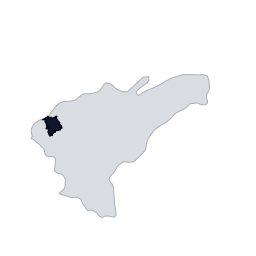 location of Guayubín, Monte Cristi, Dominican Republic, rotated 322°
{"feature_id": "3306468B33320306044259", "entity_name": "Guayubín", "entity_type": "district", "adm_level": 2, "iso_a3": "DOM", "parent_name": "Dominican Republic", "parent_adm1": "Monte Cristi", "projection": "albers", "projection_center": [-71.302, 19.687], "detail": "fine", "context": "in_parent", "style": "filled", "palette": "ink", "viewbox_px": 256, "rotation_deg": 322, "n_neighbors": 0, "source": "geoboundaries", "source_scale": "gbopen_adm2", "svg_char_len": 4190}
<svg xmlns="http://www.w3.org/2000/svg" viewBox="0 0 256 256"><g transform="rotate(322 128 128)"><path d="M45.4,168.0L45.7,159.1L47.1,155.4L45.8,151.6L40.1,147.5L36.6,142.2L33.5,137.6L34.2,136.9L40.4,136.7L42.6,135.0L46.8,130.3L47.7,126.4L47.3,123.5L44.6,120.1L43.6,116.4L46.9,113.3L51.3,108.6L51.9,106.8L51.8,105.1L46.7,100.2L46.4,98.1L48.8,92.8L48.5,89.2L46.2,78.3L45.1,76.6L47.4,75.7L48.9,72.4L50.9,69.5L53.5,68.0L56.5,67.0L62.4,67.1L70.6,69.6L73.0,69.6L80.8,67.3L87.4,66.0L93.5,67.4L96.0,69.4L101.1,72.5L103.7,73.5L111.7,73.4L113.9,73.7L120.7,78.8L126.4,80.8L129.7,80.9L135.6,78.9L138.5,78.9L141.9,83.3L142.7,89.7L145.5,95.4L149.9,99.1L171.2,97.3L175.9,100.3L174.3,102.8L171.3,104.2L161.2,103.7L156.8,104.1L155.9,106.6L155.9,108.9L161.9,109.4L167.7,110.5L173.6,112.3L179.7,113.5L186.5,114.3L193.2,115.5L204.4,119.9L216.9,130.1L220.2,132.4L222.5,135.6L221.5,139.6L217.2,146.2L214.7,148.4L211.1,149.7L208.7,152.4L206.3,157.1L204.8,157.5L203.1,157.3L200.1,154.7L197.9,150.8L191.9,147.1L184.8,147.7L174.3,145.6L168.0,146.8L161.7,147.1L155.2,146.0L148.7,145.7L142.2,147.2L135.9,149.6L133.6,151.1L129.6,154.9L127.4,156.3L112.1,158.3L107.7,155.6L103.6,151.8L97.6,151.3L89.1,154.3L83.7,155.3L81.6,156.6L80.9,158.0L80.9,163.2L79.7,166.4L71.4,178.4L66.6,186.8L64.7,189.5L62.5,190.0L58.3,185.2L55.7,183.4L52.5,182.5L51.1,179.9L51.2,176.2L50.3,172.7L48.3,169.9L45.4,168.0Z" fill="#d9dde1" stroke="#a8b0b8" stroke-width="1"/><path d="M63.7,87.1L63.8,87.1L64.0,87.0L64.0,86.8L64.1,86.7L64.3,86.5L64.4,86.2L64.3,85.9L64.4,85.7L64.6,85.6L64.9,85.5L65.1,85.6L65.3,85.7L65.4,85.8L65.6,85.9L65.8,86.0L66.1,86.0L66.4,85.9L66.6,85.9L66.8,85.9L67.1,86.0L67.5,86.0L67.8,86.3L68.0,86.4L68.3,86.3L68.5,86.1L68.6,85.8L68.6,85.7L68.6,85.2L68.9,85.2L69.2,85.3L69.3,85.3L69.5,85.6L70.1,85.8L70.4,85.9L70.5,86.0L70.8,86.3L71.3,86.6L71.7,86.9L71.8,86.9L72.1,87.1L72.4,87.2L72.5,87.2L72.8,87.2L73.1,87.3L73.6,87.6L73.8,87.5L73.8,87.3L74.1,86.8L74.2,86.7L74.3,86.6L74.5,86.4L74.8,86.4L74.9,86.5L75.0,86.7L75.1,86.9L75.2,87.0L75.4,87.0L75.6,87.1L75.9,87.2L76.0,87.0L76.1,86.7L76.2,86.2L76.3,86.1L76.5,85.9L76.7,85.4L76.8,85.1L76.8,84.9L76.7,84.6L76.6,84.3L76.4,84.0L76.4,83.9L76.3,83.4L76.1,83.0L75.9,82.8L75.9,82.7L76.0,82.5L76.1,82.4L76.2,82.0L76.3,82.0L76.7,82.2L76.8,82.2L77.0,82.1L77.3,81.9L77.3,81.4L77.3,81.2L77.3,80.9L77.3,80.7L77.4,80.4L77.4,80.2L77.1,79.7L76.9,79.4L76.9,79.1L77.0,79.0L77.0,78.8L77.2,78.6L77.3,78.5L77.4,78.3L77.3,78.2L77.2,78.0L77.1,77.9L77.1,77.7L77.3,77.4L77.4,76.8L77.5,76.5L77.6,76.2L77.9,75.5L78.0,75.3L78.2,75.2L78.4,75.2L78.8,75.2L78.9,74.9L78.8,74.7L78.7,74.6L77.0,74.6L76.8,74.5L76.6,74.4L75.8,74.4L75.7,74.3L75.4,74.1L75.1,74.0L74.8,73.9L74.5,73.8L74.2,73.5L74.0,73.4L73.9,73.2L73.7,72.8L73.6,72.7L73.4,72.7L73.5,72.3L73.6,72.2L73.4,72.1L73.1,72.1L72.9,72.0L72.8,71.9L72.4,71.0L72.3,70.6L72.2,70.6L71.9,70.5L71.7,70.5L71.7,70.4L71.6,70.5L71.3,70.5L71.3,70.4L71.2,70.4L70.9,70.3L70.9,70.2L70.8,70.3L70.7,70.3L70.6,70.2L70.4,70.1L70.2,70.0L70.2,69.9L70.1,69.7L70.0,69.8L69.9,69.7L69.7,69.6L69.3,69.5L69.2,69.6L68.9,69.7L68.7,69.6L68.4,69.5L68.2,69.6L67.9,69.6L67.7,69.5L67.4,69.5L67.2,69.5L67.1,69.4L66.9,69.3L66.7,69.3L66.6,69.2L66.4,69.2L66.5,69.3L66.8,69.4L67.0,69.5L67.6,69.6L67.8,69.7L68.0,69.7L67.9,69.9L67.9,70.0L67.8,70.5L67.7,70.7L67.6,71.0L67.5,71.3L67.3,71.5L67.0,71.6L66.9,71.8L66.6,72.0L66.5,72.3L66.6,72.5L66.9,72.8L66.9,73.0L66.8,73.3L66.5,73.7L66.3,74.0L66.2,74.5L66.0,75.0L66.1,75.3L66.0,75.5L65.9,75.7L65.7,75.8L65.4,76.2L65.3,76.5L65.1,76.8L64.9,77.0L64.7,77.2L64.5,77.3L64.4,77.5L63.9,77.8L63.8,78.0L63.7,78.1L63.3,78.2L63.4,78.4L63.6,78.6L63.8,78.7L63.8,78.8L63.9,79.0L64.0,79.1L64.3,79.2L64.5,79.2L64.8,79.2L64.6,78.9L64.9,78.8L65.1,78.8L65.2,79.1L65.3,79.2L65.3,79.3L65.2,79.4L64.9,79.2L64.9,79.5L65.0,79.8L65.1,80.2L65.0,80.4L65.0,80.5L64.9,80.6L64.7,80.7L64.5,80.9L63.8,81.2L63.5,81.3L63.2,81.4L62.8,81.8L62.6,81.9L62.5,82.0L62.5,82.7L62.4,82.9L62.2,83.3L62.2,83.5L62.3,83.5L62.6,83.7L62.7,83.8L62.8,83.9L63.0,84.0L63.1,84.3L62.9,84.5L62.6,84.8L62.4,84.9L62.0,84.9L61.8,85.1L61.7,85.1L61.7,85.6L61.8,85.5L62.0,85.5L62.3,85.7L62.3,86.1L62.4,86.3L62.5,86.3L63.0,86.3L63.3,86.6L63.5,86.9L63.7,87.1Z" fill="#0f172a" stroke="#020617" stroke-width="1.5"/></g></svg>